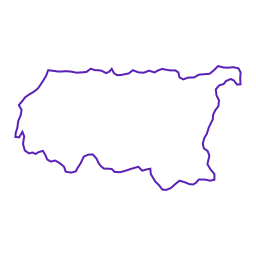 Sardoá, Minas Gerais, Brazil
{"feature_id": "56859067B85118179369931", "entity_name": "Sardoá", "entity_type": "district", "adm_level": 2, "iso_a3": "BRA", "parent_name": "Brazil", "parent_adm1": "Minas Gerais", "projection": "natural_earth1", "projection_center": [-42.402, -18.781], "detail": "fine", "context": "isolated", "style": "outline", "palette": "violet", "viewbox_px": 256, "rotation_deg": 0, "n_neighbors": 0, "source": "geoboundaries", "source_scale": "gbopen_adm2", "svg_char_len": 1761}
<svg xmlns="http://www.w3.org/2000/svg" viewBox="0 0 256 256"><path d="M188.0,77.6L183.3,79.4L179.5,77.4L178.4,72.5L175.4,70.4L170.2,70.4L166.5,69.8L162.2,68.9L158.1,70.4L154.6,72.4L149.0,70.7L143.8,72.7L138.6,72.4L132.7,70.2L128.9,73.4L125.7,74.0L121.0,75.0L117.1,75.2L114.0,73.2L111.7,68.9L109.2,71.7L106.0,73.1L101.8,70.8L98.2,70.2L95.0,70.2L90.7,68.7L86.5,71.9L81.8,72.4L76.5,72.7L71.1,71.6L66.4,71.2L61.6,71.5L58.0,71.5L53.0,70.8L48.2,70.2L46.1,75.9L43.2,80.6L40.4,84.9L37.9,88.5L34.0,91.6L29.0,94.6L25.1,97.3L22.6,100.7L18.8,105.1L21.6,109.9L20.7,115.2L18.2,121.1L17.4,127.5L15.7,133.0L15.4,137.0L19.2,137.3L22.4,131.8L24.2,136.4L23.0,143.9L24.8,150.5L29.0,153.4L32.5,152.5L35.6,154.0L38.6,152.1L42.9,150.9L45.4,155.1L47.2,159.5L51.0,161.6L55.0,160.5L58.4,162.3L61.2,164.3L64.1,166.8L65.7,171.7L71.1,172.6L75.8,171.4L77.6,167.9L80.6,163.3L83.8,156.6L88.4,154.6L92.9,154.5L96.6,158.8L98.6,163.1L100.9,166.2L104.1,168.7L108.4,168.7L111.7,169.0L114.7,171.9L120.1,172.2L125.6,170.7L130.0,169.2L133.6,168.1L138.4,166.8L142.2,170.7L146.4,169.5L150.3,168.7L150.8,174.0L153.5,178.6L155.5,181.8L159.0,185.2L162.4,189.6L166.3,189.9L170.9,188.0L175.4,184.0L179.5,180.7L184.6,182.2L189.3,184.1L193.0,184.5L196.0,182.8L198.8,179.5L202.6,179.5L205.8,179.7L210.1,180.7L214.4,179.7L214.4,174.0L210.3,169.1L207.4,164.1L209.4,155.7L207.6,151.0L203.8,148.3L202.8,143.5L204.3,138.0L206.9,133.7L208.7,127.8L211.1,122.7L212.8,119.4L213.1,114.9L215.1,110.5L218.4,106.1L219.0,100.3L216.5,95.4L215.8,89.3L219.3,85.3L223.6,84.1L225.9,81.1L230.7,79.0L233.9,80.5L236.9,84.5L240.5,84.3L240.2,78.2L240.6,72.3L238.4,68.3L233.2,67.2L228.0,67.7L223.5,67.5L218.0,66.1L214.0,70.2L209.6,73.8L204.3,74.2L198.9,74.7L194.2,77.4L188.0,77.6Z" fill="none" stroke="#5b21b6" stroke-width="2"/></svg>